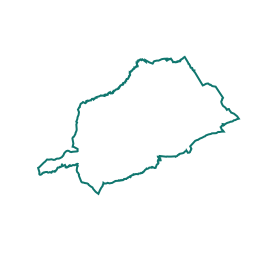 Bogati, Arges, Romania (Albers equal-area conic projection), rotated 239°
{"feature_id": "2599482B4479215659380", "entity_name": "Bogati", "entity_type": "district", "adm_level": 2, "iso_a3": "ROU", "parent_name": "Romania", "parent_adm1": "Arges", "projection": "albers", "projection_center": [25.17, 44.885], "detail": "fine", "context": "isolated", "style": "outline", "palette": "teal", "viewbox_px": 256, "rotation_deg": 239, "n_neighbors": 0, "source": "geoboundaries", "source_scale": "gbopen_adm2", "svg_char_len": 5821}
<svg xmlns="http://www.w3.org/2000/svg" viewBox="0 0 256 256"><g transform="rotate(239 128 128)"><path d="M167.7,196.5L168.8,194.5L169.6,192.4L170.0,188.9L170.9,187.5L171.6,185.4L171.7,184.3L170.8,183.0L170.5,182.3L173.1,180.2L177.2,177.9L175.6,177.3L179.6,175.6L179.6,175.2L179.2,174.9L179.1,174.5L179.3,174.3L180.3,174.1L180.5,173.0L180.3,172.8L180.1,172.1L180.6,171.6L180.3,171.3L180.4,170.8L179.7,170.7L179.9,169.3L179.1,169.4L178.8,169.0L178.8,168.7L177.9,168.6L177.1,167.7L176.7,168.3L176.1,168.3L175.8,168.0L176.5,166.5L176.5,166.1L176.1,166.1L176.0,165.6L176.3,164.8L176.6,164.5L175.6,163.8L175.6,163.4L175.9,163.0L175.9,162.6L175.6,161.8L175.1,161.5L175.0,160.9L175.3,160.2L174.5,158.9L174.5,158.4L174.9,158.2L174.0,157.6L173.0,157.5L172.4,156.6L172.0,156.6L172.0,155.6L171.3,155.2L171.1,154.5L170.8,154.4L170.1,153.2L170.1,152.9L170.7,152.1L170.2,151.2L169.3,150.7L169.5,150.0L169.3,149.5L168.4,149.0L169.1,147.1L168.6,146.4L167.8,146.3L167.7,146.0L167.8,145.5L168.3,145.0L168.3,143.1L167.6,142.6L167.7,141.5L167.4,141.1L166.9,141.0L166.5,140.0L167.1,139.4L166.8,139.0L166.8,138.4L167.1,137.9L167.2,137.2L166.8,135.6L167.2,135.0L166.7,134.7L166.9,133.8L165.9,133.5L165.7,133.1L165.8,132.4L166.3,132.3L166.2,131.8L166.6,131.5L166.6,131.1L167.8,131.1L167.7,130.8L167.2,130.5L167.3,130.3L168.1,130.1L168.1,129.5L167.8,129.3L167.7,128.3L166.9,127.8L167.0,127.3L167.5,126.8L167.3,126.4L167.5,125.9L167.9,125.6L168.3,125.8L168.5,125.2L167.5,124.4L168.0,123.8L168.7,123.5L169.1,122.2L169.9,121.6L169.9,119.9L170.7,117.0L170.1,116.6L170.8,115.6L170.3,114.7L170.1,113.2L170.9,113.3L171.0,112.9L171.4,112.5L171.5,112.1L171.2,111.6L171.2,111.1L170.8,110.4L171.1,110.2L171.6,107.9L172.2,107.7L172.6,106.3L172.5,105.9L171.6,105.9L171.2,104.4L171.3,104.1L173.4,102.8L173.1,101.6L173.1,99.9L171.6,98.0L170.8,97.6L170.7,97.3L170.8,96.6L170.1,95.7L169.6,94.6L166.9,94.2L164.6,92.3L163.3,90.4L161.7,89.1L160.0,86.9L159.0,87.2L157.6,85.5L153.4,83.4L152.3,82.6L150.7,80.4L150.0,79.9L148.4,77.1L148.4,75.9L147.7,75.0L142.7,73.1L140.5,70.9L139.8,71.7L136.0,74.0L134.1,72.9L134.1,72.4L136.1,68.4L136.5,67.1L137.3,66.2L138.9,65.4L139.6,64.6L139.9,63.4L139.8,62.4L139.1,60.1L138.4,59.4L138.1,58.7L137.6,58.2L137.6,57.5L137.1,56.4L137.2,53.9L137.4,53.0L138.2,51.6L138.5,50.7L138.4,49.1L139.0,47.8L140.6,46.3L141.6,43.9L142.7,42.4L141.8,39.4L141.7,38.2L140.1,31.7L140.1,30.4L135.7,29.3L134.8,28.6L133.9,28.2L133.2,28.5L132.9,29.2L132.9,30.5L133.3,31.1L133.2,32.0L133.4,32.5L133.2,33.1L132.9,33.4L132.9,34.2L132.0,36.0L131.3,36.2L130.7,36.9L130.4,38.4L129.2,39.2L129.2,39.7L129.6,40.1L129.7,41.2L128.5,42.4L128.8,42.9L128.2,43.4L128.8,44.5L129.0,45.5L130.1,46.9L130.2,47.7L129.8,48.0L129.5,48.9L129.8,49.5L129.3,50.0L129.2,51.5L129.5,51.8L130.3,52.0L130.6,52.6L128.9,52.8L128.8,54.9L127.1,54.7L125.7,53.9L126.5,55.2L126.2,55.6L125.9,55.3L125.6,55.4L125.6,56.5L125.4,57.1L126.1,57.8L126.1,59.0L125.8,59.0L125.4,58.6L124.7,59.8L124.6,61.9L124.1,62.3L123.5,63.2L123.6,63.7L123.4,64.1L123.6,64.2L123.6,64.5L123.3,64.7L123.5,65.2L123.2,65.6L123.4,66.1L123.2,66.3L122.8,65.7L121.5,64.9L121.2,65.2L120.5,64.1L118.4,62.4L117.8,62.1L116.2,61.8L115.4,62.1L113.2,62.0L112.9,61.6L112.2,61.3L106.1,60.3L104.9,60.7L104.0,61.9L103.3,62.4L101.6,64.4L100.5,65.1L99.6,65.0L97.2,65.9L95.4,66.9L93.7,66.8L90.0,67.4L86.8,68.7L89.2,72.0L89.6,72.9L90.1,73.4L91.5,76.6L92.0,76.8L92.5,77.7L93.7,78.7L92.5,79.2L91.6,81.0L91.5,82.3L90.1,83.6L89.1,86.2L89.1,88.9L89.0,89.1L89.1,89.9L87.4,93.2L87.7,93.4L87.2,94.0L87.2,94.6L86.6,94.9L86.6,96.1L85.9,96.6L86.0,97.8L86.2,98.1L86.0,98.3L86.1,98.6L86.0,99.1L85.2,100.3L85.5,100.7L85.3,102.2L85.6,102.5L85.6,103.0L85.3,104.0L85.5,104.7L85.0,104.8L85.3,105.2L85.1,105.4L85.4,105.6L85.5,106.7L85.0,108.6L85.5,109.0L84.7,110.1L84.5,111.1L83.2,112.8L83.5,113.5L82.6,115.4L82.8,115.9L82.5,116.1L82.1,117.3L82.2,117.6L82.5,117.6L82.6,118.5L82.4,118.6L82.4,119.0L83.1,120.6L83.3,121.3L83.3,122.3L83.7,123.0L83.1,123.4L82.8,124.8L83.1,125.8L82.6,126.8L81.9,127.7L82.3,128.1L82.3,128.6L81.7,129.1L81.1,129.2L80.8,129.8L80.0,130.2L79.6,131.1L81.7,133.7L81.9,134.5L81.7,134.9L82.3,136.1L83.2,136.1L84.3,136.5L85.1,137.4L85.3,137.8L84.9,138.1L83.9,138.3L83.5,139.3L84.9,139.8L87.6,138.8L88.0,138.9L86.9,140.8L87.5,141.0L83.6,146.1L83.6,146.5L81.5,149.8L79.5,153.7L79.3,154.0L78.9,154.0L78.7,155.9L79.1,156.6L78.9,158.2L79.1,158.7L79.3,158.8L78.2,161.9L78.0,162.9L78.5,164.7L78.4,166.3L78.6,166.5L75.9,166.6L75.6,167.5L75.4,167.7L75.4,168.6L76.4,169.9L76.5,170.3L77.4,171.1L77.5,171.6L80.3,171.9L82.4,179.0L82.1,181.2L81.8,181.7L81.9,184.2L81.5,186.6L81.4,189.1L81.2,189.7L81.5,191.0L81.0,193.8L80.2,196.0L80.2,197.2L78.2,200.8L78.1,202.0L78.2,202.9L78.1,203.4L77.4,204.4L76.7,206.3L75.6,208.2L77.0,208.1L78.4,207.6L81.0,207.9L81.0,208.6L81.1,209.0L81.6,209.4L81.7,210.0L81.6,210.8L81.0,211.0L81.0,211.5L82.1,211.2L82.5,211.3L81.5,212.5L81.3,213.3L81.3,215.6L80.7,217.9L80.6,219.2L80.2,219.8L79.8,221.2L80.1,222.5L79.5,224.2L79.5,225.8L78.9,227.8L81.8,227.6L85.7,226.2L88.2,224.3L89.1,224.4L90.6,224.1L92.2,224.3L92.7,223.5L92.6,222.1L95.2,222.0L98.2,220.8L100.8,221.0L102.4,221.4L102.9,221.9L103.7,223.3L104.3,223.5L104.9,225.0L118.3,224.4L120.5,221.8L122.5,221.1L122.5,220.8L123.0,220.3L124.9,219.6L125.7,217.7L125.8,215.0L126.0,214.0L141.2,214.0L142.7,213.7L143.2,214.5L144.3,213.4L145.2,213.4L145.9,213.9L146.5,213.9L147.4,212.8L150.1,213.3L151.5,213.3L151.8,212.9L153.1,213.2L159.7,213.2L159.7,211.8L159.3,210.7L159.4,208.2L159.2,207.6L158.7,207.7L158.5,207.3L159.0,207.1L159.0,206.7L158.6,206.6L159.0,205.4L159.5,205.3L159.6,205.0L159.7,204.5L159.2,204.3L159.3,203.8L160.0,202.3L160.5,202.2L161.2,200.5L162.7,200.7L165.4,200.5L165.5,199.9L165.3,199.8L165.3,199.5L165.6,199.5L166.1,198.6L165.9,198.1L166.1,198.0L166.2,197.3L165.8,197.1L165.7,196.0L167.4,195.6L167.7,196.5Z" fill="none" stroke="#0f766e" stroke-width="2"/></g></svg>